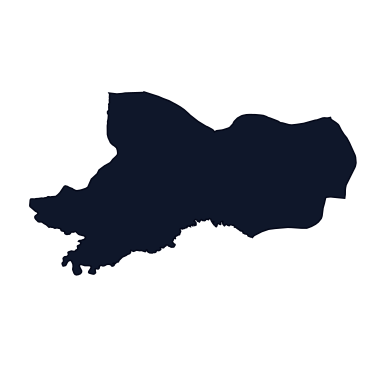 Pathoomphone, Champasak, Laos, rotated 96°
{"feature_id": "54806243B32788033784925", "entity_name": "Pathoomphone", "entity_type": "district", "adm_level": 2, "iso_a3": "LAO", "parent_name": "Laos", "parent_adm1": "Champasak", "projection": "robinson", "projection_center": [106.187, 14.724], "detail": "fine", "context": "isolated", "style": "filled", "palette": "ink", "viewbox_px": 384, "rotation_deg": 96, "n_neighbors": 0, "source": "geoboundaries", "source_scale": "gbopen_adm2", "svg_char_len": 6121}
<svg xmlns="http://www.w3.org/2000/svg" viewBox="0 0 384 384"><g transform="rotate(96 192 192)"><path d="M103.4,62.1L104.2,64.5L104.4,66.1L104.4,68.0L104.8,69.8L107.3,75.1L107.8,77.1L112.1,88.0L113.9,94.8L115.0,99.9L115.0,102.6L113.9,109.2L113.9,111.4L112.6,113.9L110.4,122.0L110.0,124.2L109.3,125.8L108.5,129.0L108.4,132.2L108.5,136.9L109.0,142.8L109.5,146.0L110.5,149.2L111.2,150.8L113.8,154.5L117.2,157.2L118.1,157.7L120.4,158.5L122.0,159.9L123.1,160.4L124.6,162.3L126.9,167.5L127.4,169.1L128.5,173.9L129.9,176.0L128.4,177.3L127.5,178.9L125.7,183.2L125.2,185.0L121.2,193.4L115.8,202.0L114.5,203.6L111.1,208.3L108.8,212.4L107.1,216.1L103.7,224.4L102.1,230.6L100.6,235.4L97.5,250.3L98.0,250.7L98.2,251.3L100.6,268.9L101.4,271.7L102.4,277.0L102.3,284.8L103.3,284.1L106.6,284.0L107.4,283.7L109.1,283.8L111.9,283.3L113.5,284.0L114.7,283.6L116.3,283.6L118.8,283.2L119.6,283.4L120.7,284.3L121.3,284.4L122.8,284.1L123.5,283.4L124.4,283.1L128.1,283.0L130.8,283.3L132.5,283.0L135.0,283.1L143.6,282.1L146.7,281.0L151.4,278.2L153.2,276.0L154.2,274.0L155.9,271.6L158.4,270.5L160.6,270.0L162.1,269.9L163.0,270.2L164.6,271.3L167.9,274.2L170.2,275.5L171.6,276.6L175.1,281.6L179.8,286.7L183.8,288.2L189.7,293.4L197.9,296.0L198.3,296.3L199.6,298.0L201.3,301.7L202.0,303.6L202.7,306.2L202.8,307.7L201.8,310.5L201.2,311.3L200.4,314.5L199.5,316.6L199.2,318.7L199.8,319.6L200.6,320.1L206.3,323.1L208.6,324.9L210.7,327.0L211.4,331.0L211.8,332.2L211.7,334.5L212.0,335.2L212.8,335.9L213.4,338.4L213.8,339.0L213.8,341.0L214.6,344.0L215.0,346.5L215.5,347.9L215.6,349.9L215.8,351.5L216.8,352.0L222.4,351.9L223.4,351.5L227.5,345.6L228.0,344.1L228.7,343.2L229.8,342.9L230.5,343.5L232.2,345.3L233.2,345.7L234.3,345.4L235.3,344.6L237.6,341.8L237.7,340.4L237.4,339.0L237.6,337.9L238.8,335.8L239.8,333.4L242.0,330.5L241.5,329.4L241.7,328.0L241.6,326.8L242.4,324.5L241.9,323.4L241.8,321.9L242.1,319.4L242.3,318.9L244.0,318.0L244.2,317.6L244.6,314.9L245.1,314.4L246.5,314.1L247.0,313.4L247.3,311.9L246.9,311.0L246.8,309.7L246.2,308.9L244.4,307.9L244.2,305.4L243.3,304.0L243.5,303.4L245.8,300.5L246.2,299.3L246.9,294.4L248.0,293.2L250.2,293.8L251.1,295.8L251.7,296.9L252.1,298.9L252.5,299.5L252.9,299.7L253.3,298.0L253.7,297.3L254.2,297.3L255.4,297.4L256.3,298.0L257.5,300.1L257.9,300.3L259.7,299.7L260.9,299.8L262.1,301.5L262.7,301.6L263.3,302.6L263.5,303.8L263.3,305.8L264.6,308.6L265.2,309.0L267.0,308.3L268.2,308.7L269.2,309.6L269.8,312.0L270.8,312.9L271.8,313.2L272.9,312.7L274.7,312.5L276.4,313.7L277.8,313.3L279.1,312.4L278.5,310.6L278.2,310.0L277.2,309.5L275.0,308.7L273.8,308.0L273.0,306.9L272.7,305.5L272.9,304.9L273.2,304.6L276.0,302.9L278.4,302.4L281.1,302.5L281.8,302.4L285.0,300.8L286.1,299.8L286.5,298.4L286.0,296.5L284.9,294.5L283.5,293.6L282.6,293.5L281.7,293.7L278.9,295.6L277.5,296.3L276.9,296.3L276.2,296.0L275.6,295.2L275.6,294.6L276.4,290.8L276.0,287.4L276.0,285.7L276.2,285.1L277.0,284.5L277.9,284.5L279.5,285.1L281.7,286.3L282.7,286.4L283.2,286.0L283.4,285.4L283.9,282.4L283.9,281.1L283.5,280.4L282.4,279.5L279.7,280.2L278.7,280.2L278.2,279.5L278.4,277.4L278.0,276.8L277.3,276.4L275.7,276.4L275.1,276.1L274.4,274.4L274.8,272.9L274.6,271.9L274.1,270.9L273.0,269.4L272.6,267.8L272.6,265.5L274.0,264.0L274.0,263.3L273.7,262.6L273.1,261.9L272.2,261.7L271.7,262.1L271.4,263.1L271.2,263.0L270.9,262.3L271.2,260.8L269.7,259.7L269.2,258.0L267.4,257.3L263.9,254.4L262.0,251.0L260.8,249.7L259.7,247.5L258.6,246.9L256.8,246.9L256.4,246.7L256.5,245.9L257.0,244.6L257.1,243.8L255.6,241.1L255.8,237.9L255.4,236.2L256.2,232.4L256.1,232.1L255.2,231.6L254.5,231.5L254.2,231.2L254.4,230.7L255.9,229.9L256.5,228.8L256.9,227.6L256.8,225.1L256.1,224.0L256.1,222.7L255.6,221.8L255.1,221.5L254.3,221.6L254.0,221.2L253.7,219.8L253.8,218.9L253.6,218.5L252.7,217.3L252.2,217.1L250.6,217.7L250.2,216.9L250.5,215.1L250.4,214.4L249.1,213.5L248.2,212.3L247.3,212.1L247.2,210.8L248.2,209.5L248.4,208.3L249.0,207.0L248.7,204.7L248.5,204.3L246.4,203.3L245.9,203.5L245.5,204.6L244.7,205.3L244.3,206.0L243.9,206.3L243.1,206.3L242.2,205.8L240.9,205.6L240.2,205.3L239.9,204.7L240.0,203.7L239.6,203.7L238.6,204.2L238.0,204.0L236.9,202.2L236.2,201.4L235.9,200.3L235.6,199.9L234.7,200.2L234.0,199.5L232.1,199.2L231.3,200.0L230.3,200.1L229.1,198.6L229.1,198.2L229.7,198.1L229.8,197.8L229.2,197.1L229.3,196.3L228.4,195.0L227.9,193.4L227.5,193.2L226.7,193.3L226.4,193.0L226.4,192.3L226.1,191.7L226.6,189.9L225.4,190.1L224.9,189.1L225.3,188.2L224.5,188.5L224.2,188.3L224.6,187.3L223.9,186.5L223.9,186.1L224.3,186.0L224.9,186.3L225.1,186.2L225.0,185.6L224.3,184.5L223.8,184.6L222.9,185.1L222.5,184.7L221.7,185.2L221.4,185.5L221.1,186.9L220.8,187.1L219.0,185.8L218.9,185.3L219.5,184.0L220.4,183.5L221.0,181.5L220.7,181.4L220.2,181.9L220.0,181.0L218.4,179.9L218.5,179.3L219.2,178.7L219.2,176.4L218.8,175.8L217.8,175.4L217.5,174.0L217.8,172.8L216.8,172.4L216.5,171.8L217.2,170.3L218.4,169.9L219.9,168.8L219.9,168.3L219.2,167.7L219.2,167.3L219.6,167.3L220.0,167.6L220.6,167.6L220.9,168.0L221.1,167.9L221.6,167.1L222.2,166.9L222.2,166.3L223.7,165.0L224.0,164.3L223.6,163.9L222.9,164.0L222.5,163.6L221.8,163.7L221.0,163.3L220.7,163.0L220.6,162.4L221.3,160.7L221.3,160.3L220.8,160.0L219.2,160.5L218.6,159.9L217.9,158.5L218.6,158.1L219.4,158.3L220.8,157.8L222.2,156.3L221.7,155.7L220.9,155.5L220.5,154.6L220.9,153.4L221.2,153.3L221.6,151.7L221.5,151.3L220.7,150.8L220.4,150.3L220.4,149.7L220.8,148.3L220.7,147.1L221.7,145.8L222.2,146.2L222.5,146.1L222.4,145.3L222.6,144.6L223.8,142.8L224.2,141.8L225.4,140.0L225.7,138.9L225.6,137.7L226.4,137.1L227.2,137.1L227.4,136.8L228.1,135.0L228.2,133.3L228.4,132.5L228.7,132.1L229.6,131.8L229.9,131.4L230.6,128.9L230.6,127.7L230.9,127.2L228.8,125.7L224.1,118.5L221.0,111.9L219.5,105.6L217.1,93.1L216.8,89.1L216.5,79.9L215.9,74.0L213.7,69.6L211.1,65.8L208.6,63.2L204.9,60.8L203.8,60.5L202.3,60.2L194.0,60.0L189.4,59.2L184.1,58.6L183.5,58.2L183.1,57.7L182.3,53.7L182.2,39.5L178.6,39.4L173.9,39.8L171.7,39.8L168.9,39.5L150.7,32.7L149.4,32.3L146.6,32.0L145.7,32.0L140.4,33.0L138.5,33.7L126.7,40.6L122.0,43.8L118.9,46.9L115.0,50.0L110.5,52.9L109.6,53.7L107.9,56.3L105.3,61.3L103.4,62.1Z" fill="#0f172a" stroke="#020617" stroke-width="1.5"/></g></svg>